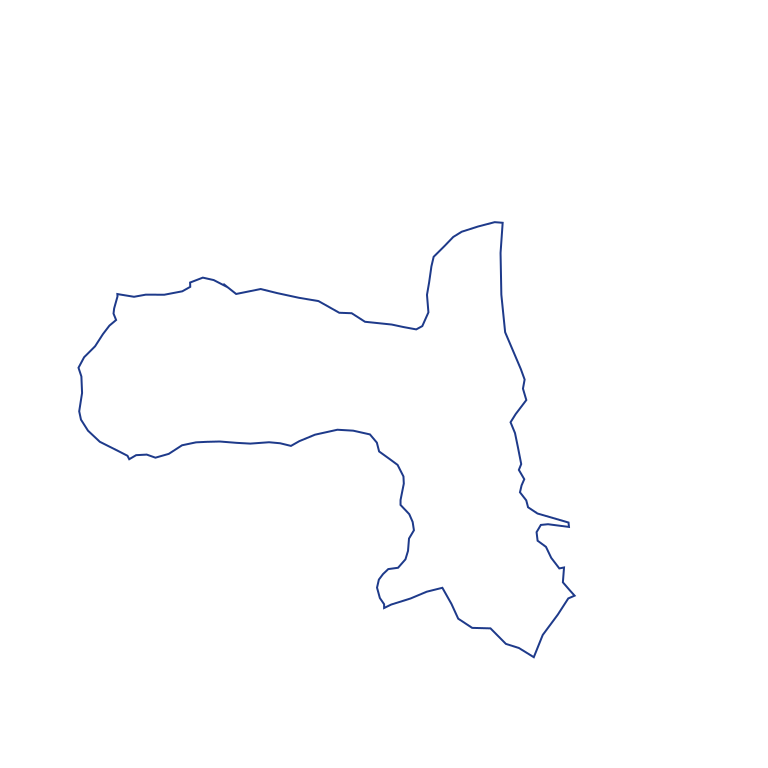 Lemesos, Limassol, Cyprus (Albers equal-area conic projection), rotated 302°
{"feature_id": "46923920B90408698000356", "entity_name": "Lemesos", "entity_type": "district", "adm_level": 2, "iso_a3": "CYP", "parent_name": "Cyprus", "parent_adm1": "Limassol", "projection": "albers", "projection_center": [33.018, 34.691], "detail": "fine", "context": "isolated", "style": "outline", "palette": "blue", "viewbox_px": 768, "rotation_deg": 302, "n_neighbors": 0, "source": "geoboundaries", "source_scale": "gbopen_adm2", "svg_char_len": 1894}
<svg xmlns="http://www.w3.org/2000/svg" viewBox="0 0 768 768"><g transform="rotate(302 384 384)"><path d="M305.5,657.8L307.4,651.2L310.6,640.8L323.8,633.9L320.5,630.4L325.2,617.9L331.7,607.7L332.5,597.3L339.2,591.9L347.6,591.7L352.0,597.4L360.8,616.6L364.3,613.9L355.5,582.8L355.8,571.5L360.7,566.3L364.2,556.7L370.9,554.4L377.6,553.4L382.6,543.9L388.8,542.8L401.1,531.3L411.8,521.1L418.6,511.6L428.3,511.6L445.8,513.2L453.7,504.3L462.3,500.9L469.1,492.2L492.1,459.3L521.9,436.2L556.9,413.4L583.6,399.2L583.4,398.8L579.9,392.1L567.4,380.3L554.3,369.2L545.4,364.8L533.1,362.2L530.5,361.6L518.2,358.7L508.8,361.9L505.0,363.6L493.9,368.5L482.4,373.2L468.3,383.7L453.4,385.8L447.4,382.4L442.6,370.3L438.5,359.0L426.7,334.9L426.9,319.1L420.7,308.3L419.6,284.5L412.0,266.1L404.5,245.3L399.2,229.1L382.0,210.9L383.8,194.7L382.9,196.6L381.9,184.5L378.2,174.0L367.3,165.8L363.7,168.2L355.7,163.8L343.3,150.4L333.5,134.6L325.5,125.8L319.8,112.2L319.0,110.2L317.0,111.6L305.1,115.1L300.4,117.3L296.3,122.9L288.0,120.2L277.3,119.2L262.9,119.0L247.8,115.5L235.9,116.3L230.0,123.4L216.4,132.7L199.3,140.0L193.2,145.9L187.5,157.8L187.5,158.0L184.4,173.6L186.4,195.0L187.2,204.5L185.2,207.8L192.3,211.5L198.4,220.2L200.4,229.2L210.7,238.5L225.0,245.2L234.9,255.5L241.0,264.3L248.2,275.2L256.1,290.4L262.6,302.2L273.7,317.4L278.7,327.3L282.2,337.9L290.7,342.5L304.4,352.3L320.5,368.7L328.1,382.6L333.8,398.8L330.5,409.0L324.2,415.6L323.4,427.9L322.6,438.4L315.9,449.5L310.0,453.6L294.4,459.5L290.2,462.1L287.0,474.4L282.2,481.4L275.8,486.9L266.2,487.1L255.2,492.8L246.7,495.1L235.6,493.3L229.3,485.7L222.3,483.9L215.4,483.3L207.6,486.0L200.3,493.9L197.3,500.8L194.1,502.8L200.8,507.0L216.2,520.2L230.5,530.3L242.1,541.5L233.2,557.8L224.3,571.3L223.9,588.0L233.2,603.8L228.2,625.1L231.6,638.3L231.7,655.8L255.3,651.6L280.5,653.6L299.8,653.9L305.5,657.8Z" fill="none" stroke="#1e3a8a" stroke-width="2"/></g></svg>